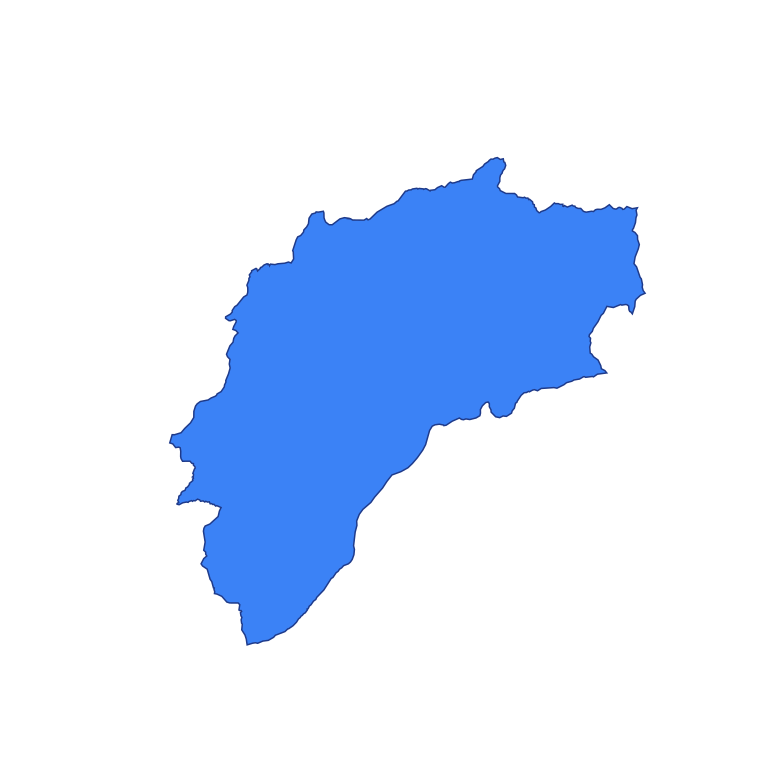 outline of Huye, Southern, Rwanda, rotated 36°
{"feature_id": "39286606B50862047870193", "entity_name": "Huye", "entity_type": "district", "adm_level": 2, "iso_a3": "RWA", "parent_name": "Rwanda", "parent_adm1": "Southern", "projection": "equal_earth", "projection_center": [29.71, -2.532], "detail": "fine", "context": "isolated", "style": "filled", "palette": "blue", "viewbox_px": 768, "rotation_deg": 36, "n_neighbors": 0, "source": "geoboundaries", "source_scale": "gbopen_adm2", "svg_char_len": 6165}
<svg xmlns="http://www.w3.org/2000/svg" viewBox="0 0 768 768"><g transform="rotate(36 384 384)"><path d="M321.1,181.3L319.0,181.7L318.3,184.0L317.8,188.8L316.9,189.5L314.1,189.7L311.8,193.7L311.0,196.9L307.7,200.0L307.8,200.7L303.7,201.1L302.7,201.6L301.7,203.2L301.2,203.0L297.5,205.1L296.7,206.4L295.6,206.3L292.3,209.6L291.9,210.9L289.9,212.6L289.2,214.3L288.0,215.4L287.8,227.5L287.0,228.7L286.2,232.2L281.9,238.5L277.4,249.0L275.7,258.8L274.6,260.6L272.7,260.3L271.5,263.2L262.2,269.8L260.0,270.0L258.3,271.0L258.6,270.4L258.3,270.5L254.2,272.7L251.3,276.3L248.5,285.6L246.0,287.4L241.8,287.3L239.9,286.3L237.8,284.8L234.8,280.9L233.4,279.9L229.9,283.5L227.9,284.7L228.0,285.9L225.7,288.9L225.9,293.9L228.7,298.8L229.1,302.4L228.6,306.4L229.6,308.5L229.3,312.9L227.7,315.7L228.2,318.9L231.8,329.9L232.8,330.3L237.4,336.0L237.7,340.7L235.0,341.5L232.7,344.6L227.5,349.1L225.6,351.5L221.6,353.8L221.8,355.3L221.3,354.8L220.1,355.6L219.7,355.0L218.6,355.6L217.0,358.2L216.4,361.3L215.6,362.4L216.0,363.1L215.3,366.9L213.3,365.6L212.5,365.7L210.3,370.2L211.0,371.1L210.9,374.9L212.6,376.1L212.6,377.9L213.8,379.6L215.0,384.6L217.0,386.0L218.8,388.3L220.0,390.2L220.8,392.6L219.3,396.1L218.8,406.6L217.8,409.2L218.0,413.8L218.9,414.9L218.7,417.6L216.4,422.7L217.2,424.0L221.3,423.9L222.5,423.2L225.2,419.5L227.1,419.5L227.9,420.7L228.6,425.7L229.6,428.7L232.7,427.8L235.9,428.5L235.2,432.6L235.6,435.4L237.3,438.9L236.9,443.7L239.1,452.5L241.3,453.9L244.9,454.6L247.1,458.8L250.1,461.5L252.2,467.1L253.9,474.1L255.0,475.5L255.5,478.4L256.5,480.3L256.7,485.9L254.8,490.1L255.1,491.4L254.8,492.9L252.3,497.0L251.1,500.3L245.7,506.1L244.5,509.9L244.5,512.7L246.2,517.8L249.8,522.9L250.3,529.2L248.9,537.1L248.5,542.7L244.3,548.2L242.4,549.5L245.3,557.6L248.3,556.6L252.8,557.9L255.1,555.7L256.6,555.4L259.1,557.9L262.1,562.2L263.7,563.7L266.4,564.9L272.4,560.5L275.2,561.1L276.6,560.4L277.4,561.6L279.7,562.1L280.7,563.1L280.6,564.2L281.9,568.7L282.9,568.9L284.0,570.7L283.7,571.8L284.5,571.6L285.3,572.4L285.0,573.4L286.1,574.5L285.0,578.7L285.6,579.5L285.6,583.0L284.8,584.3L285.5,587.0L284.0,589.5L283.9,591.4L284.7,592.9L284.0,595.3L285.3,597.6L285.5,599.3L287.5,600.4L286.8,602.3L287.3,602.9L289.2,602.1L291.0,598.4L293.6,595.6L295.1,594.9L295.2,593.9L296.8,591.5L298.0,591.5L298.4,590.3L299.9,589.5L300.8,586.8L303.0,586.1L304.5,586.7L306.4,584.9L308.4,584.8L308.7,583.7L310.7,583.2L312.0,582.0L313.8,583.1L314.9,582.1L316.4,582.1L317.1,581.3L319.6,581.7L320.2,580.7L324.8,579.7L325.5,583.5L327.7,588.7L325.4,599.7L322.8,604.0L323.1,606.5L324.4,609.2L332.2,617.0L335.9,624.5L338.5,624.8L339.8,626.5L341.7,627.3L340.8,631.2L341.7,637.0L344.2,637.9L349.8,637.7L358.1,644.2L360.8,645.1L365.9,649.2L366.6,648.8L367.2,650.1L369.2,651.6L370.0,653.2L372.5,652.1L377.6,651.1L385.0,652.8L387.9,651.8L394.7,646.9L397.0,647.3L399.5,652.1L400.4,652.1L401.5,651.3L402.5,651.7L402.3,653.4L404.5,655.6L406.2,656.3L407.0,658.7L409.4,661.2L410.5,661.6L413.4,666.5L419.1,668.8L422.5,671.3L426.6,675.5L430.1,670.9L432.1,668.9L434.2,668.0L437.1,663.2L441.1,659.4L443.6,653.8L443.8,651.1L449.4,642.5L450.1,638.7L450.7,638.1L452.5,633.0L453.2,628.1L452.9,624.3L453.5,622.1L453.3,620.8L453.9,619.2L454.0,617.1L454.8,615.4L454.8,611.9L454.1,611.3L454.6,610.8L454.6,609.7L454.1,607.6L454.7,605.6L454.6,601.1L455.5,598.4L455.0,596.2L456.4,586.0L455.6,572.4L456.4,570.5L456.2,564.9L457.0,562.5L456.9,559.9L457.8,557.6L458.1,554.7L460.9,550.4L461.5,547.7L461.4,544.6L460.0,539.8L457.3,535.2L454.5,532.8L447.7,520.7L445.2,514.3L442.4,510.9L440.6,503.9L440.6,497.8L443.0,487.5L442.9,480.9L444.0,469.1L443.6,461.3L443.9,452.9L449.2,445.0L452.6,437.7L453.7,431.6L454.3,424.1L454.2,414.7L453.3,408.6L448.2,394.8L447.8,389.8L449.2,387.1L452.4,384.0L456.3,382.2L456.9,382.5L458.5,380.8L461.1,373.9L465.0,367.2L467.4,367.1L469.3,366.2L470.8,364.1L474.3,362.3L478.4,357.4L480.2,353.3L479.2,350.9L477.0,348.0L476.4,343.9L477.2,339.2L478.8,337.4L480.7,337.9L482.6,340.5L485.7,342.0L487.2,343.8L493.6,344.9L497.4,343.2L499.1,339.9L502.1,338.2L504.3,332.6L503.5,330.4L503.7,327.0L501.7,322.2L502.3,320.7L501.9,319.6L501.6,312.5L502.5,308.7L504.3,307.1L505.2,305.1L506.2,304.9L507.8,301.6L509.0,300.2L512.2,299.2L513.8,295.2L523.6,287.0L526.4,285.7L530.0,278.8L530.9,275.6L534.3,271.4L535.4,269.0L539.3,265.0L541.1,260.9L541.7,260.3L543.1,260.1L548.2,255.4L549.3,255.1L550.9,250.6L557.7,244.1L554.8,243.3L550.9,243.9L548.5,241.7L543.1,238.8L537.5,238.8L534.5,237.7L532.7,237.8L528.6,233.1L527.2,229.1L525.7,228.2L524.2,225.6L522.0,225.1L521.2,223.4L521.6,219.0L520.6,215.8L520.5,207.9L519.3,200.9L519.9,197.8L518.7,190.2L524.6,187.3L528.7,180.7L530.0,180.4L532.8,177.6L534.1,177.0L536.1,177.1L538.6,180.0L540.2,180.9L541.1,180.6L543.7,181.3L541.4,174.0L538.5,169.3L538.2,167.2L539.3,161.6L541.9,157.1L538.8,156.1L536.0,153.9L534.8,151.7L530.4,147.7L528.4,147.1L519.5,140.8L515.5,139.7L512.5,133.6L510.3,125.2L508.6,121.1L504.2,118.0L501.9,115.0L498.0,113.9L495.0,114.2L494.2,112.8L494.4,111.7L492.6,105.7L490.1,101.3L489.3,98.6L485.8,95.2L485.4,92.5L481.7,96.3L476.2,97.7L475.6,101.0L475.1,101.9L474.4,102.5L473.4,102.0L470.9,102.5L469.9,103.5L469.3,105.6L468.3,106.5L466.3,107.3L460.9,106.5L459.2,111.6L457.0,115.1L453.8,117.3L452.6,118.8L452.1,121.3L450.3,122.3L446.5,126.2L443.9,127.1L440.0,126.3L437.7,127.9L435.1,128.5L433.9,127.9L432.5,128.8L431.1,128.7L428.3,133.1L425.1,133.6L424.9,134.8L424.2,135.0L423.0,133.5L420.9,135.2L419.0,135.6L416.7,137.3L415.4,137.4L414.5,142.4L412.3,148.4L409.7,152.2L409.3,153.9L408.6,154.3L405.5,153.9L403.4,152.3L401.7,152.4L400.2,150.6L398.7,150.8L397.1,149.3L393.1,149.0L392.7,149.7L391.1,149.0L389.6,150.2L387.9,150.3L387.1,151.5L382.1,154.2L380.1,153.2L377.7,153.1L370.6,158.2L364.4,159.2L362.7,158.1L360.1,157.8L359.3,156.9L358.6,152.0L356.5,149.1L355.5,146.6L355.6,143.6L355.1,143.1L354.8,140.7L355.1,139.1L354.0,135.6L351.5,133.7L350.4,133.9L348.1,131.7L346.1,134.0L342.6,134.2L340.9,136.2L340.1,138.0L338.3,139.2L337.6,141.6L337.8,142.3L336.1,146.9L336.1,149.8L333.4,156.8L333.3,157.6L333.8,158.1L333.4,162.1L335.0,166.3L326.7,173.9L325.6,175.6L325.8,176.1L324.7,176.9L322.7,179.8L321.1,181.3Z" fill="#3b82f6" stroke="#1e3a8a" stroke-width="1.5"/></g></svg>